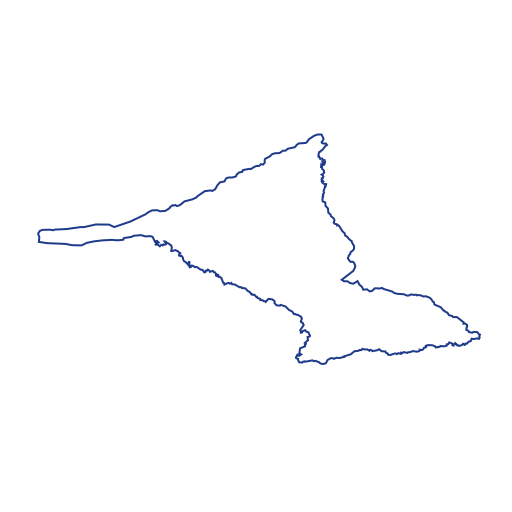 Calçoene, Amapá, Brazil, rotated 264°
{"feature_id": "56859067B29403659487824", "entity_name": "Calçoene", "entity_type": "district", "adm_level": 2, "iso_a3": "BRA", "parent_name": "Brazil", "parent_adm1": "Amapá", "projection": "orthographic", "projection_center": [-51.471, 2.615], "detail": "fine", "context": "isolated", "style": "outline", "palette": "blue", "viewbox_px": 512, "rotation_deg": 264, "n_neighbors": 0, "source": "geoboundaries", "source_scale": "gbopen_adm2", "svg_char_len": 6148}
<svg xmlns="http://www.w3.org/2000/svg" viewBox="0 0 512 512"><g transform="rotate(264 256 256)"><path d="M154.4,470.5L154.8,469.6L157.0,468.3L157.6,466.4L157.5,463.5L157.1,463.0L158.1,459.8L159.4,459.4L160.6,457.4L163.2,458.1L163.6,458.7L165.4,458.7L167.1,456.6L167.0,455.3L168.3,455.6L174.3,449.4L174.6,445.7L175.8,444.8L177.1,441.6L179.6,440.5L180.7,438.5L182.0,437.5L182.1,436.8L185.7,434.4L189.1,428.4L191.4,428.1L192.0,427.2L195.1,425.6L196.5,424.1L198.2,420.7L198.2,418.3L199.5,416.0L200.2,413.5L200.0,412.0L200.9,411.1L200.7,409.3L201.6,406.1L200.8,404.2L200.8,402.1L202.5,399.0L203.7,392.3L204.7,389.7L206.5,387.6L209.9,379.4L211.1,378.0L210.7,376.0L211.5,371.0L209.1,367.6L208.9,365.4L211.2,363.0L211.3,359.1L214.0,358.3L216.8,355.8L220.4,354.4L218.3,349.9L219.2,346.8L221.3,344.3L221.7,340.9L223.4,338.8L231.0,351.2L234.3,353.3L236.0,353.7L239.2,352.7L240.3,351.3L240.2,350.0L240.9,348.8L244.2,347.1L247.2,348.7L248.1,349.9L249.7,350.3L251.5,353.1L252.8,354.2L255.6,354.6L259.3,352.9L260.8,352.7L262.4,350.9L265.9,348.4L267.1,346.8L269.3,346.5L271.7,344.5L277.2,341.8L278.1,341.0L277.9,339.8L279.1,339.7L279.8,337.7L281.0,336.7L283.3,337.8L285.2,337.3L287.8,334.7L289.6,334.4L291.4,332.5L295.8,332.5L298.6,330.4L302.1,330.5L303.3,328.1L305.2,327.9L307.0,328.6L307.8,328.3L309.0,329.3L310.1,328.9L311.8,330.3L313.6,330.0L316.9,331.6L318.1,331.8L318.0,332.5L320.1,333.3L320.6,331.2L322.1,329.6L322.5,329.8L323.4,329.1L324.2,329.2L323.9,330.3L325.6,329.3L326.4,329.5L326.4,330.4L327.9,331.3L329.1,330.9L330.1,329.8L330.6,331.2L331.9,332.6L334.1,332.3L335.8,330.9L337.7,330.9L337.7,330.0L340.2,330.5L339.2,331.4L339.5,332.7L342.3,332.0L340.8,333.9L342.4,334.5L344.2,334.2L344.0,333.0L346.1,331.9L345.8,330.0L348.4,329.3L348.2,328.6L350.5,328.7L352.9,329.8L353.1,331.1L354.1,331.9L354.5,333.1L358.5,336.9L358.9,338.2L360.5,337.4L360.8,334.7L361.7,333.3L362.5,333.2L364.4,335.0L365.7,335.4L369.9,333.9L370.4,330.0L369.4,326.1L366.4,320.6L363.8,318.4L363.2,317.1L363.5,310.3L362.1,307.9L360.5,306.6L360.1,305.4L359.3,298.7L357.7,296.5L357.9,293.9L355.9,290.1L356.2,285.5L355.6,282.7L353.4,279.8L351.8,275.4L350.4,274.6L348.0,274.5L346.2,272.7L346.8,270.5L345.2,268.3L345.5,266.1L344.9,263.9L342.9,259.7L343.4,258.4L342.8,251.9L341.1,251.1L340.9,248.0L339.0,245.2L337.5,244.6L337.1,243.8L336.5,240.2L336.9,238.2L336.7,235.2L335.7,233.9L333.5,232.5L333.0,227.8L330.4,225.0L326.7,222.4L325.3,219.4L326.0,217.3L325.8,211.8L321.7,204.2L320.5,202.9L319.0,198.7L317.8,190.6L314.7,185.9L314.1,183.8L314.0,182.5L315.1,181.2L314.8,179.4L315.2,178.3L313.5,175.5L312.4,174.8L310.3,170.3L310.5,165.3L311.9,162.6L312.2,157.2L310.4,152.7L309.1,150.7L303.4,134.6L299.6,118.0L302.6,113.1L304.1,100.0L302.7,87.9L303.1,84.9L302.6,70.5L303.3,58.6L302.8,57.2L303.7,53.8L304.3,46.3L303.6,43.8L301.8,42.1L300.7,41.7L297.3,42.5L292.7,41.5L290.6,49.7L287.9,68.0L286.0,74.1L284.8,83.6L286.8,89.3L287.5,96.6L287.6,105.0L287.1,114.4L286.1,119.8L286.0,125.3L286.2,125.9L287.5,126.3L287.7,126.9L288.0,134.2L288.9,136.4L288.8,143.8L287.1,148.0L286.8,152.8L286.2,154.6L285.7,155.2L280.5,157.1L280.4,157.8L281.3,158.4L281.4,159.1L279.6,160.6L279.0,158.4L278.0,157.4L277.6,157.7L278.1,158.9L275.7,161.4L277.1,163.0L276.3,164.4L277.2,165.2L276.8,166.2L277.0,167.6L278.2,167.7L280.0,166.6L279.8,167.7L278.3,168.8L277.5,170.5L275.4,172.7L273.1,173.2L269.9,172.2L269.6,172.9L270.3,176.3L268.7,179.2L267.5,179.7L266.8,180.9L265.1,179.5L264.4,179.6L263.9,180.9L264.1,181.8L262.0,183.1L260.0,183.2L258.3,184.0L257.3,185.4L255.3,186.9L255.3,187.6L257.1,188.6L256.9,189.2L254.2,188.6L253.5,188.0L252.9,188.8L251.7,189.0L252.0,190.4L252.5,190.7L253.2,190.3L253.2,190.9L252.9,192.2L251.3,194.1L251.4,195.7L248.2,199.6L247.8,201.4L245.1,202.9L245.4,204.1L246.7,204.4L246.6,205.9L247.5,206.7L246.3,208.1L245.1,208.5L245.7,211.5L244.3,212.3L244.2,213.3L242.7,214.2L240.6,214.2L240.1,215.2L241.5,215.8L241.3,216.3L239.1,216.8L239.1,217.7L237.7,219.3L232.9,220.5L232.6,221.3L230.9,221.6L232.0,224.8L232.1,226.0L231.2,227.0L231.8,228.7L230.4,229.2L229.9,231.9L226.6,236.5L226.7,237.3L226.3,238.5L225.6,238.7L225.0,241.9L221.9,244.4L221.0,245.9L218.4,247.4L218.7,247.8L217.7,248.7L217.7,250.3L215.2,252.1L215.3,252.7L214.0,253.3L212.9,255.7L211.7,255.7L211.2,258.2L210.3,258.9L210.1,260.3L209.3,260.8L212.1,263.9L211.1,267.7L209.8,269.3L208.6,269.8L207.4,269.4L204.9,271.2L204.1,274.5L204.8,275.4L202.7,280.1L198.9,283.2L196.9,286.3L194.3,287.6L194.3,288.8L193.3,290.0L193.3,291.2L190.7,294.6L188.8,295.1L186.3,293.7L185.4,294.1L184.7,295.4L182.3,296.2L177.7,292.3L175.0,292.7L175.2,293.9L176.4,294.4L177.1,297.2L175.4,298.2L174.7,300.1L171.0,301.4L170.4,300.9L170.0,298.8L166.8,298.9L164.4,295.5L163.6,296.4L162.8,296.1L162.5,295.3L161.0,295.3L159.6,290.2L155.0,289.0L153.4,290.7L152.2,288.4L152.5,287.6L153.1,287.9L153.6,287.5L153.7,287.0L151.4,285.4L150.7,285.1L150.0,285.5L149.3,287.1L148.2,287.0L145.8,287.8L145.2,290.9L145.9,291.7L146.2,293.3L145.7,293.7L146.3,301.2L145.3,302.5L145.5,304.1L143.7,307.8L142.7,308.4L141.9,310.0L141.6,312.3L142.1,314.3L145.1,316.3L146.5,319.4L146.3,322.0L145.6,322.8L146.4,325.3L145.8,328.4L146.5,333.3L147.0,333.1L148.3,339.9L151.0,344.0L151.0,348.1L151.7,349.1L151.4,351.0L152.6,352.2L151.7,354.2L151.5,356.9L149.9,358.9L150.8,359.6L150.0,361.4L149.2,361.9L149.6,366.7L150.4,368.7L148.2,370.9L147.5,374.8L146.3,375.0L145.2,376.8L144.2,376.9L143.4,378.7L144.5,383.5L144.4,384.9L143.7,385.8L144.5,387.4L143.5,389.9L144.7,390.2L144.2,391.5L145.0,392.8L143.8,396.4L144.4,397.2L144.2,398.5L145.0,402.1L144.0,406.2L144.3,408.3L145.0,409.1L145.7,409.0L145.1,411.3L145.9,412.7L147.2,413.5L147.4,415.3L147.8,415.8L148.9,415.5L149.4,417.6L148.9,421.6L147.8,424.3L146.3,425.1L146.6,426.8L146.2,427.3L146.7,429.7L147.2,430.0L146.5,433.5L146.9,436.3L148.2,436.5L148.3,438.1L149.8,439.1L149.2,440.9L148.1,442.1L146.6,442.1L146.3,443.2L147.5,443.3L148.5,444.9L147.4,445.4L147.5,446.0L146.1,446.7L146.3,447.4L145.3,448.6L146.0,451.7L147.1,452.8L146.3,454.0L145.8,454.1L145.9,454.7L147.0,455.3L146.8,456.6L148.6,458.5L148.8,460.5L151.2,461.8L150.6,463.8L151.0,467.3L150.2,469.0L151.4,469.9L152.7,469.6L154.4,470.5Z" fill="none" stroke="#1e3a8a" stroke-width="2"/></g></svg>